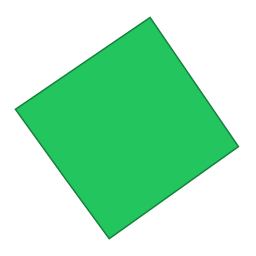 the district of Irion, Texas, United States of America, rotated 55°
{"feature_id": "52423323B54674882577965", "entity_name": "Irion", "entity_type": "district", "adm_level": 2, "iso_a3": "USA", "parent_name": "United States of America", "parent_adm1": "Texas", "projection": "equal_earth", "projection_center": [-101.026, 31.304], "detail": "fine", "context": "isolated", "style": "filled", "palette": "green", "viewbox_px": 256, "rotation_deg": 55, "n_neighbors": 0, "source": "geoboundaries", "source_scale": "gbopen_adm2", "svg_char_len": 236}
<svg xmlns="http://www.w3.org/2000/svg" viewBox="0 0 256 256"><g transform="rotate(55 128 128)"><path d="M50.1,46.5L48.1,209.5L133.4,208.4L207.9,206.9L206.6,48.2L50.1,46.5Z" fill="#22c55e" stroke="#15803d" stroke-width="1.5"/></g></svg>